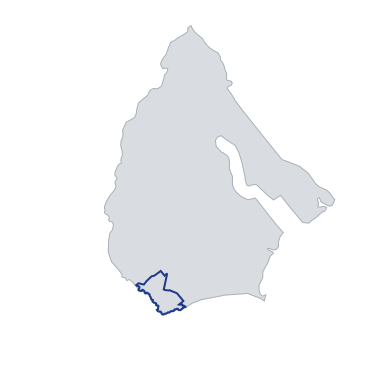 Dagana, Saint-Louis, Senegal (highlighted), rotated 231°
{"feature_id": "50182788B94177495754038", "entity_name": "Dagana", "entity_type": "district", "adm_level": 2, "iso_a3": "SEN", "parent_name": "Senegal", "parent_adm1": "Saint-Louis", "projection": "natural_earth1", "projection_center": [-16.074, 16.26], "detail": "fine", "context": "in_parent", "style": "outline", "palette": "blue", "viewbox_px": 384, "rotation_deg": 231, "n_neighbors": 0, "source": "geoboundaries", "source_scale": "gbopen_adm2", "svg_char_len": 7227}
<svg xmlns="http://www.w3.org/2000/svg" viewBox="0 0 384 384"><g transform="rotate(231 192 192)"><path d="M283.7,176.9L287.7,184.9L286.9,188.7L286.0,194.3L288.2,198.3L290.9,201.0L292.8,203.4L294.9,206.7L295.2,213.4L294.9,218.2L296.3,220.4L297.4,223.1L297.2,225.4L296.5,227.4L293.9,230.1L293.5,235.1L297.7,241.2L300.3,244.4L300.3,246.3L301.0,248.4L303.0,250.8L304.2,250.2L305.5,248.3L306.1,246.9L309.6,247.5L311.3,248.1L313.6,252.1L314.5,254.7L315.0,258.0L317.4,262.1L319.5,265.0L319.9,266.8L321.8,269.3L320.7,274.7L320.8,277.5L319.6,284.9L319.3,288.3L319.4,289.6L322.2,292.2L321.9,295.9L319.1,295.2L314.1,294.8L304.2,296.7L300.8,295.9L294.3,296.2L289.6,297.3L283.8,299.7L279.2,299.1L276.7,297.2L273.5,297.3L269.8,296.3L265.9,294.5L262.3,293.5L258.4,290.2L256.6,289.6L255.4,290.5L254.3,291.6L253.2,292.3L251.1,291.7L250.3,289.4L251.0,287.2L251.2,285.5L250.2,284.6L247.8,284.3L244.0,284.3L237.9,283.6L236.5,283.1L222.8,282.6L208.6,282.5L196.5,282.4L181.3,282.4L170.7,282.3L160.7,282.3L153.0,286.8L144.6,291.6L133.4,294.2L120.5,293.3L116.4,294.0L112.1,296.1L109.0,297.7L104.6,298.6L98.8,297.9L96.5,298.3L95.0,296.1L93.4,292.5L94.4,289.9L97.9,288.2L103.2,286.0L106.0,287.1L107.6,287.2L107.9,285.7L107.4,285.0L103.4,283.1L101.3,280.5L99.6,282.0L98.2,285.1L96.9,286.1L95.1,286.9L94.1,284.8L93.7,282.7L94.5,281.2L94.1,272.2L94.6,267.4L94.3,263.3L96.8,260.5L99.2,258.8L108.4,258.7L117.0,258.5L125.2,258.6L133.7,258.7L134.5,250.3L137.1,249.7L141.1,248.8L148.6,247.8L156.8,246.8L158.6,245.2L160.0,242.4L160.8,240.0L162.5,238.9L164.9,239.7L167.9,241.0L171.0,243.1L174.7,244.9L177.1,246.1L182.8,249.0L192.7,253.1L200.8,254.8L210.6,251.8L217.7,249.8L218.6,246.3L217.5,242.8L212.2,239.5L205.0,239.9L202.8,240.8L199.5,241.8L197.5,242.3L194.1,241.5L189.8,238.7L187.1,236.0L183.3,234.6L178.8,233.3L171.6,227.6L167.9,226.6L164.3,226.3L157.5,227.4L150.9,230.5L147.4,237.4L140.7,237.3L126.6,237.1L113.6,236.9L102.9,237.4L101.8,232.3L99.2,228.3L95.1,224.9L94.2,221.7L95.6,218.9L99.6,216.6L100.5,215.0L98.4,215.2L95.3,216.7L93.2,216.8L92.9,212.3L89.4,206.6L85.5,197.0L81.0,193.1L77.3,185.3L73.4,182.3L69.8,180.9L66.7,181.2L65.6,184.7L61.8,179.6L67.0,177.8L78.2,171.3L91.0,152.9L102.6,131.1L104.1,126.0L105.5,122.0L106.4,113.1L108.0,107.8L109.6,106.8L111.5,102.7L113.9,95.6L116.6,91.6L119.5,90.9L121.9,91.2L123.5,92.7L128.4,93.6L136.4,93.9L142.6,92.9L147.0,90.4L152.7,89.1L159.9,89.1L163.6,88.1L164.0,86.0L164.9,85.4L166.4,86.2L167.8,85.9L169.1,84.4L170.4,84.3L171.7,85.6L177.7,86.0L188.4,85.5L198.2,89.2L207.3,97.2L211.9,102.5L212.2,105.2L213.8,107.9L216.5,110.6L218.9,111.1L221.2,109.4L222.9,109.6L224.2,111.7L226.8,112.1L229.7,110.8L231.7,111.3L232.1,112.5L232.5,113.2L233.9,113.4L235.8,115.0L238.4,119.3L240.6,125.2L242.3,132.8L244.5,136.9L247.2,137.6L248.7,139.2L249.1,141.0L249.8,142.2L251.1,142.9L253.4,142.5L256.1,145.0L259.0,150.6L259.5,153.1L259.0,154.5L259.2,155.5L261.1,156.4L262.9,158.2L264.4,161.0L267.6,163.4L272.5,165.5L276.1,168.7L278.3,173.0L282.8,176.5L283.7,176.9Z" fill="#d9dde1" stroke="#a8b0b8" stroke-width="1"/><path d="M154.7,90.2L154.5,90.3L154.3,90.3L153.9,90.2L153.7,90.2L153.1,90.7L152.9,90.9L152.3,91.3L152.1,91.4L151.9,91.4L151.7,91.4L151.4,91.4L151.2,91.2L150.9,91.1L150.7,91.0L150.7,90.9L150.5,90.6L150.5,90.2L150.4,90.1L150.4,89.9L150.3,89.5L150.2,89.4L150.0,89.1L149.8,88.9L149.6,88.7L149.4,88.7L149.0,88.6L148.9,88.7L148.7,88.9L148.5,89.2L148.4,89.3L147.5,89.6L147.3,89.7L147.2,89.8L147.0,90.0L146.9,90.5L146.9,90.9L146.9,91.1L147.0,91.2L147.2,91.6L147.3,91.7L147.3,91.8L147.2,92.0L146.6,92.2L146.5,92.3L146.1,92.4L145.9,92.5L145.7,92.6L145.4,92.6L145.2,92.6L144.6,92.5L144.4,92.4L144.1,92.2L143.9,92.1L143.7,92.0L143.6,91.8L143.4,91.8L143.1,91.9L142.6,91.9L142.4,92.0L142.2,92.2L142.1,92.3L142.1,92.5L142.3,93.1L142.3,93.3L142.2,93.5L141.9,93.8L141.5,94.0L141.1,94.1L140.6,94.2L139.9,94.2L139.6,94.3L139.4,94.4L139.4,94.5L139.2,94.6L138.9,94.5L138.5,94.2L138.4,94.1L138.2,94.0L137.9,93.8L137.7,93.7L137.1,93.7L136.5,93.7L136.3,93.6L136.2,93.6L135.8,93.5L135.6,93.4L135.1,93.1L134.8,92.9L134.7,92.9L134.3,92.8L134.1,92.9L133.7,93.0L132.9,93.6L132.7,93.7L132.5,93.4L132.5,93.0L132.5,92.8L132.4,92.7L132.1,92.5L131.9,92.5L131.6,92.4L131.4,92.4L131.1,92.4L130.6,92.6L130.3,92.6L130.2,92.6L129.8,92.9L129.5,93.0L129.4,93.1L129.1,93.4L128.9,93.7L128.5,93.9L128.3,94.0L128.2,94.0L127.9,94.0L127.8,93.9L127.8,93.7L127.7,93.6L127.4,93.4L127.2,93.3L127.2,93.2L126.9,93.1L126.7,93.0L126.5,92.9L126.4,93.0L125.9,93.4L125.5,93.9L125.2,94.0L124.9,94.2L124.6,94.2L124.3,94.1L124.2,94.0L124.0,93.6L123.8,93.3L123.6,93.0L123.4,92.7L123.2,92.6L123.0,92.4L122.7,92.3L122.5,92.1L122.4,92.0L122.4,91.9L122.4,91.5L122.5,91.4L122.5,91.5L122.5,91.4L122.5,91.2L122.4,90.9L122.3,90.7L122.1,90.4L121.8,90.4L121.5,90.4L121.4,90.4L121.1,90.5L120.9,90.5L120.6,90.6L120.2,90.8L119.8,91.3L119.6,91.5L119.4,91.8L119.1,91.9L119.0,92.0L118.9,92.0L118.7,92.3L118.2,92.3L117.8,92.4L117.6,92.4L117.4,92.3L116.9,92.0L116.3,91.8L116.2,91.8L115.9,91.9L115.7,91.9L115.3,92.1L115.1,92.3L114.9,92.4L114.8,92.6L114.7,92.9L114.6,93.0L114.6,93.3L114.7,93.8L114.7,94.0L114.6,94.3L114.5,94.5L114.4,94.5L114.0,94.7L113.9,94.9L113.8,95.0L113.7,95.4L113.6,96.3L113.6,96.6L113.6,97.1L113.6,97.4L113.6,97.6L113.5,97.8L113.4,97.8L113.1,97.8L112.9,97.9L112.8,98.1L112.7,98.3L112.6,98.7L112.6,99.0L112.6,99.5L112.6,100.0L112.7,100.4L112.7,100.5L112.6,100.9L112.4,101.0L112.2,101.3L112.0,101.5L111.9,101.5L111.9,101.4L111.8,101.5L111.7,101.6L111.5,102.0L111.4,102.1L111.3,102.4L111.2,102.5L111.2,102.8L111.1,103.2L111.2,103.4L111.2,103.5L111.3,103.5L111.5,103.8L111.6,104.1L111.8,104.4L111.7,104.6L111.6,104.8L111.3,105.1L111.2,105.3L111.1,105.5L111.0,106.2L110.9,106.5L110.7,106.8L110.5,107.1L110.4,107.2L110.3,107.4L110.1,107.5L109.9,107.5L109.7,107.5L109.6,107.4L109.3,107.2L109.2,107.2L108.8,107.3L108.7,107.3L108.4,107.5L108.1,107.8L108.0,108.0L107.9,108.1L107.7,108.4L107.6,108.5L107.5,108.8L107.5,109.0L107.5,109.3L107.5,109.5L107.4,109.8L107.5,109.9L107.5,110.0L107.6,110.3L107.5,110.6L107.5,111.2L107.5,111.3L107.6,111.5L107.5,111.9L107.4,111.9L107.4,112.1L107.5,112.3L107.9,112.5L108.0,112.6L108.0,112.8L107.9,112.9L107.8,113.0L107.6,113.1L107.5,113.3L107.4,113.4L107.3,113.7L107.3,113.8L107.2,113.9L107.2,114.0L106.9,114.2L106.8,114.3L106.7,114.5L107.1,114.7L107.3,114.6L107.6,114.6L107.8,114.5L107.9,114.4L108.1,114.2L108.3,114.3L108.5,114.2L108.8,114.0L109.1,114.0L109.3,113.9L109.5,113.6L109.9,113.3L110.1,113.1L110.4,113.1L110.6,113.1L110.8,112.9L111.1,112.8L111.2,112.7L111.4,112.8L111.3,113.0L111.2,113.1L111.3,113.3L111.3,113.5L111.5,113.5L111.7,113.3L111.7,113.1L111.9,112.9L112.0,112.6L112.0,111.9L112.1,111.6L112.2,111.4L112.7,111.0L112.7,112.0L112.7,114.8L112.7,116.0L112.7,116.7L113.0,116.7L114.5,116.7L115.8,116.7L122.7,116.6L123.1,116.4L124.3,115.8L126.6,114.5L126.8,114.4L127.4,114.0L128.3,113.5L128.9,113.2L129.7,112.9L130.0,112.1L132.0,110.1L132.9,109.3L133.7,108.8L133.9,108.7L134.0,108.7L140.9,117.3L141.5,117.9L142.0,118.6L142.7,119.5L143.5,120.4L144.2,121.4L144.3,121.6L144.3,120.1L144.3,119.6L144.3,119.4L144.3,119.2L144.3,118.0L150.3,118.0L150.7,110.0L151.9,107.5L151.4,101.2L151.4,100.6L151.2,100.0L150.7,97.8L150.4,96.3L152.5,94.7L154.7,93.1L154.7,92.2L154.7,91.1L154.7,90.2Z" fill="none" stroke="#1e3a8a" stroke-width="2"/></g></svg>